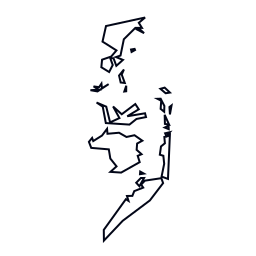 an SVG outline of Indonesia, rotated 257°
{"feature_id": "IDN", "entity_name": "Indonesia", "entity_type": "country or territory", "adm_level": 0, "iso_a3": "IDN", "parent_name": "Asia", "parent_adm1": "", "projection": "equal_earth", "projection_center": [119.503, -2.501], "detail": "medium", "context": "isolated", "style": "outline", "palette": "ink", "viewbox_px": 256, "rotation_deg": 257, "n_neighbors": 0, "source": "natural_earth", "source_scale": "50m", "svg_char_len": 1926}
<svg xmlns="http://www.w3.org/2000/svg" viewBox="0 0 256 256"><g transform="rotate(257 128 128)"><path d="M89.2,101.0L93.2,108.2L102.2,103.9L111.5,104.5L116.9,87.7L123.3,86.8L126.4,90.8L123.1,91.2L126.5,101.0L131.9,107.4L127.0,106.7L125.4,118.2L119.6,124.5L119.5,132.7L112.4,139.1L110.8,133.4L104.8,131.5L99.4,135.3L98.7,131.2L92.1,131.7L86.1,111.3L89.2,101.0ZM23.7,79.2L34.2,81.5L59.1,109.9L56.9,112.1L62.0,111.7L60.9,117.0L65.1,119.9L66.5,129.4L69.9,128.1L72.9,132.6L71.6,149.2L66.4,149.8L52.5,133.0L38.8,102.0L23.7,79.2ZM232.3,129.5L231.8,169.5L228.1,162.2L222.4,164.1L223.9,157.7L215.4,143.9L200.3,137.0L199.8,132.3L195.5,138.4L191.2,130.6L199.1,129.6L200.2,126.4L192.8,127.3L186.8,122.2L193.2,115.7L200.4,118.1L201.4,127.7L206.2,134.2L217.9,122.6L232.3,129.5ZM159.9,103.1L153.7,111.6L137.5,111.8L139.6,121.9L152.3,118.3L142.8,125.0L149.7,140.5L143.8,142.7L139.6,129.9L138.5,147.9L134.6,148.0L134.9,138.3L131.0,130.2L137.8,107.5L154.5,108.2L159.9,103.1ZM73.1,149.8L85.0,155.2L93.0,156.2L94.8,153.0L102.6,156.0L104.8,160.5L111.1,161.4L111.1,165.1L112.0,167.3L69.4,155.5L73.1,149.8ZM171.9,108.2L176.3,103.8L174.3,109.0L177.2,112.1L172.6,111.6L175.1,119.0L170.5,106.5L173.3,99.9L171.9,108.2ZM181.1,131.1L185.9,137.2L181.5,133.9L172.6,135.0L174.0,131.1L181.1,131.1ZM149.2,166.4L141.3,168.4L135.7,166.9L139.3,164.1L147.1,166.5L149.8,163.3L149.2,166.4ZM123.7,164.9L132.6,166.7L122.0,168.8L123.7,164.9ZM158.9,168.4L159.1,172.8L153.1,176.8L153.4,172.5L158.9,168.4ZM72.8,123.7L76.4,129.3L75.7,132.4L68.7,126.0L72.8,123.7ZM222.9,160.8L216.8,165.0L222.0,158.9L222.9,160.8ZM131.8,171.9L139.1,173.1L140.2,175.5L131.8,171.9ZM164.4,132.6L169.6,135.8L164.2,134.5L164.4,132.6ZM114.5,163.0L114.5,167.8L111.4,163.6L114.5,163.0ZM120.2,163.9L121.1,168.0L117.7,167.4L120.2,163.9ZM82.8,130.1L80.0,133.2L80.3,129.3L82.8,130.1ZM203.8,148.6L203.6,152.2L202.4,152.4L201.3,148.6L203.8,148.6Z" fill="none" stroke="#020617" stroke-width="2"/></g></svg>